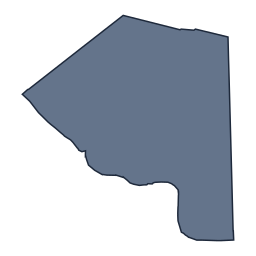 the district of Beitbridge Urban, Matabeleland South, Zimbabwe
{"feature_id": "62879985B8135663934724", "entity_name": "Beitbridge Urban", "entity_type": "district", "adm_level": 2, "iso_a3": "ZWE", "parent_name": "Zimbabwe", "parent_adm1": "Matabeleland South", "projection": "equal_earth", "projection_center": [30.001, -22.204], "detail": "fine", "context": "isolated", "style": "filled", "palette": "slate", "viewbox_px": 256, "rotation_deg": 0, "n_neighbors": 0, "source": "geoboundaries", "source_scale": "gbopen_adm2", "svg_char_len": 1288}
<svg xmlns="http://www.w3.org/2000/svg" viewBox="0 0 256 256"><path d="M27.7,89.5L22.3,94.3L29.7,101.2L38.5,112.6L48.2,122.2L51.3,124.8L55.2,127.9L60.5,132.5L63.4,134.9L64.5,136.1L67.3,137.9L70.5,139.8L72.9,142.3L74.9,144.9L77.4,148.1L77.8,148.3L78.8,150.2L81.9,151.7L85.5,150.8L85.4,154.4L85.4,156.1L85.6,155.9L86.6,159.6L88.5,165.1L94.7,170.3L102.4,174.7L102.8,174.5L106.9,175.1L116.0,175.3L116.0,175.1L123.5,177.5L123.5,177.2L127.4,180.4L130.0,182.9L133.6,184.2L139.4,185.4L143.5,184.9L146.8,184.8L147.8,183.7L152.0,183.9L152.5,183.8L153.2,182.8L155.2,182.3L161.1,182.0L167.9,182.2L171.6,183.7L172.9,184.7L174.4,185.6L178.1,189.8L178.2,190.3L178.1,190.2L178.5,193.7L178.5,194.9L178.4,195.5L178.4,196.0L178.2,204.3L178.2,205.4L178.2,205.8L178.1,206.1L178.1,206.5L178.0,207.0L177.8,213.4L177.8,214.1L177.9,214.6L177.8,215.0L178.0,220.4L178.2,221.5L181.4,232.2L183.6,233.3L185.4,235.0L187.2,236.1L188.6,237.3L189.0,237.3L196.7,240.1L198.9,240.1L200.7,240.1L201.7,240.1L217.4,240.6L220.1,240.6L220.6,240.6L231.9,240.1L232.3,240.1L233.7,240.0L233.3,230.8L233.1,230.8L231.6,172.5L229.0,75.0L228.5,57.8L228.0,37.0L195.4,29.1L193.9,30.2L181.1,29.1L180.2,29.7L179.7,29.7L123.5,15.5L123.3,15.4L123.2,15.4L80.4,48.8L28.5,89.4L27.7,89.5Z" fill="#64748b" stroke="#1e293b" stroke-width="1.5"/></svg>